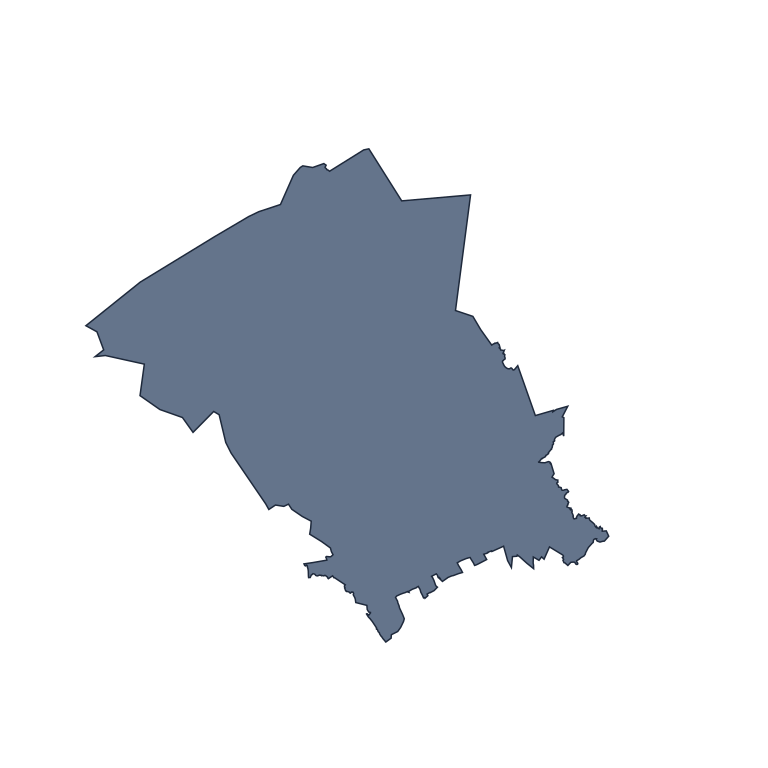 outline of Atoyac de Álvarez, Guerrero, Mexico, rotated 308°
{"feature_id": "50627088B21593643205085", "entity_name": "Atoyac de Álvarez", "entity_type": "district", "adm_level": 2, "iso_a3": "MEX", "parent_name": "Mexico", "parent_adm1": "Guerrero", "projection": "robinson", "projection_center": [-100.398, 17.312], "detail": "fine", "context": "isolated", "style": "filled", "palette": "slate", "viewbox_px": 768, "rotation_deg": 308, "n_neighbors": 0, "source": "geoboundaries", "source_scale": "gbopen_adm2", "svg_char_len": 6147}
<svg xmlns="http://www.w3.org/2000/svg" viewBox="0 0 768 768"><g transform="rotate(308 384 384)"><path d="M505.9,185.7L503.1,184.7L492.7,184.1L461.7,191.9L442.8,179.3L432.7,174.3L396.1,159.9L314.3,129.2L246.4,113.2L248.4,125.7L238.3,142.1L227.7,139.5L234.9,146.9L252.1,182.9L224.6,198.9L225.9,223.1L233.5,245.8L228.3,263.3L257.5,266.7L258.3,273.0L240.5,295.3L235.4,306.1L216.7,364.6L214.2,370.5L221.8,373.0L225.9,380.4L230.5,382.7L228.5,388.5L229.3,401.1L231.1,411.1L225.2,415.0L219.9,417.9L221.4,431.7L221.8,442.7L219.5,445.8L218.1,448.9L217.5,448.9L215.2,448.4L214.6,447.9L212.7,444.9L212.3,444.7L211.7,444.8L211.4,445.3L210.8,446.5L210.0,447.4L199.4,437.8L193.0,431.7L192.3,433.0L192.2,434.0L192.5,434.3L193.6,434.6L193.7,435.1L193.5,435.5L192.3,436.7L191.7,437.7L190.1,439.4L186.0,442.8L185.0,443.8L186.1,445.0L188.8,444.3L189.1,444.6L190.8,444.8L191.3,446.0L191.5,446.9L191.3,447.6L191.1,447.9L191.4,449.0L192.0,449.9L193.6,450.7L194.0,451.5L194.6,452.1L194.4,452.6L194.5,453.0L195.2,453.5L195.8,454.8L196.3,454.9L196.9,455.3L197.1,457.0L197.0,457.5L197.1,458.1L196.4,459.4L196.3,460.0L201.2,461.6L200.5,463.9L200.9,464.2L201.9,477.1L200.6,477.1L199.7,477.8L199.6,478.5L198.9,478.7L198.8,479.1L198.1,480.0L197.5,481.0L197.7,481.3L197.4,481.8L197.5,482.5L198.0,483.0L198.6,484.4L198.4,485.4L198.4,486.2L198.7,486.4L199.9,486.3L200.1,486.5L200.2,487.0L200.7,487.3L200.9,487.8L200.3,488.9L200.0,489.2L199.0,489.5L197.7,492.4L196.8,493.8L194.4,496.3L199.0,506.8L195.9,509.7L194.9,512.4L195.5,513.7L195.4,513.7L195.2,514.3L192.6,514.3L192.4,513.9L192.6,513.5L192.4,512.7L192.6,512.3L192.4,511.9L192.0,511.8L190.8,515.1L190.5,517.0L190.6,517.4L190.4,517.7L189.6,521.1L187.1,528.5L186.4,528.7L186.2,529.0L186.4,529.9L186.3,530.3L185.4,531.6L185.2,532.1L185.2,533.4L184.5,534.2L184.3,534.7L183.5,536.8L183.5,537.5L182.7,539.9L181.9,543.9L181.7,544.1L181.8,544.3L188.1,546.1L190.9,544.2L191.1,544.2L197.4,547.2L202.4,547.0L208.9,545.6L211.5,544.5L213.8,540.6L217.1,534.1L218.5,532.4L220.1,529.6L221.2,528.4L222.9,524.5L224.7,524.5L228.3,526.3L231.4,528.2L232.4,529.0L234.6,530.1L234.9,530.3L234.7,530.8L235.2,532.0L235.7,531.1L239.7,532.7L243.3,534.9L244.4,535.1L245.6,535.6L244.3,538.9L242.6,541.2L241.0,544.7L239.8,546.8L240.2,547.0L240.7,547.7L240.4,548.2L244.2,548.9L245.0,547.3L247.9,548.5L247.9,548.8L252.1,550.7L256.8,551.2L256.8,549.8L257.1,548.7L260.0,544.2L261.4,541.4L261.8,539.9L266.6,542.1L266.2,543.8L264.9,545.7L264.8,546.1L265.6,546.5L265.3,548.0L264.8,547.8L264.4,551.6L270.3,553.4L270.5,553.3L274.5,555.5L275.6,556.5L280.5,559.5L283.8,561.9L285.1,559.2L286.9,554.4L288.2,551.8L291.9,553.3L297.0,556.2L299.8,558.2L300.3,558.8L299.8,559.7L298.1,564.5L296.8,567.1L298.0,567.9L299.9,568.9L308.9,573.0L311.3,567.4L313.9,569.3L314.0,569.2L315.2,569.8L315.4,569.5L318.7,571.5L318.4,572.1L319.5,572.7L329.8,578.1L320.9,590.2L317.8,597.4L327.1,591.5L330.1,594.8L331.3,594.3L331.4,597.4L330.7,607.0L330.6,615.6L333.3,613.4L334.7,611.8L339.6,608.2L340.5,614.7L344.8,614.6L344.5,618.0L357.5,614.7L359.3,630.1L359.0,631.2L358.2,631.8L357.5,631.4L357.0,631.4L356.8,632.6L356.5,633.4L356.2,633.6L355.3,633.5L354.0,635.8L354.4,636.6L354.2,640.6L358.5,641.0L360.2,642.8L360.8,643.8L360.8,644.4L360.2,646.0L360.3,646.7L360.6,647.2L361.2,647.5L362.0,647.1L362.7,645.0L363.3,644.6L365.8,645.6L368.3,646.1L371.7,647.5L373.8,647.4L375.0,646.8L380.9,645.7L386.7,646.1L387.9,646.4L389.9,645.2L390.7,645.1L392.2,645.7L392.8,646.7L392.2,646.7L391.5,648.7L392.4,651.5L394.6,653.1L395.9,654.4L402.4,654.8L405.1,649.6L402.4,646.6L403.4,645.8L403.9,645.7L404.7,644.9L404.1,644.2L404.4,642.7L404.6,642.5L404.8,642.1L403.7,641.8L402.4,642.6L402.1,641.7L402.1,640.5L402.6,639.2L401.6,639.5L402.0,637.8L403.0,636.4L403.3,633.9L403.4,630.2L403.7,629.4L404.8,628.2L404.2,627.6L402.5,625.8L403.0,625.4L402.7,624.4L404.1,624.3L403.7,624.0L404.1,623.1L404.2,622.2L403.4,621.9L401.7,620.8L401.0,619.8L401.7,618.9L401.5,618.4L401.3,617.4L400.4,617.5L399.1,617.4L397.3,617.8L396.6,618.4L395.7,617.5L395.1,617.3L394.7,616.3L396.0,614.5L396.5,614.5L397.4,613.2L398.4,611.2L398.7,610.8L399.2,610.9L400.5,609.7L400.8,608.4L399.7,608.3L400.0,607.6L400.6,607.9L401.2,607.7L400.3,605.9L399.7,603.9L400.3,603.4L402.0,603.3L402.2,602.9L402.7,602.9L402.7,602.7L404.5,602.4L404.7,601.6L404.6,600.9L405.4,600.3L405.5,599.7L405.2,597.6L405.2,596.7L405.8,596.0L407.4,595.0L408.2,595.0L408.8,595.2L410.2,594.9L411.4,595.3L411.9,595.7L413.0,595.6L413.6,593.0L411.8,591.4L411.3,591.2L410.7,590.7L410.1,590.0L409.9,589.6L410.2,588.9L411.4,587.4L410.6,585.3L410.3,585.0L411.4,583.9L411.6,582.4L412.0,581.3L412.5,581.1L413.8,581.5L414.5,580.6L415.3,580.2L414.2,578.0L414.2,575.7L414.0,573.8L415.4,573.5L418.0,573.3L423.8,565.1L423.5,565.1L423.8,563.7L424.6,563.4L424.6,562.7L424.2,561.5L423.9,561.2L421.0,559.3L418.9,556.3L417.6,554.1L417.7,553.9L419.2,554.2L420.4,554.1L420.6,554.2L421.8,554.1L422.5,554.6L422.8,554.4L423.2,554.7L426.0,555.9L426.5,555.9L426.9,555.6L427.8,555.6L428.1,555.9L430.4,556.5L430.8,556.3L430.9,555.9L434.0,555.9L435.0,556.0L435.6,555.8L435.8,556.1L436.1,555.9L437.8,555.5L438.2,555.2L439.2,554.8L439.6,554.3L440.9,554.5L441.7,554.0L442.5,553.0L444.1,553.5L444.5,553.3L444.6,552.8L445.7,552.4L446.3,552.2L448.1,552.2L451.7,553.7L452.8,554.4L455.3,554.9L453.6,557.7L468.2,546.5L467.9,544.7L479.6,542.5L470.2,535.6L466.2,534.2L467.4,533.6L452.3,522.7L480.8,478.1L475.5,477.9L474.6,477.3L474.5,477.1L475.0,475.2L474.9,474.2L474.3,473.9L473.2,473.5L472.4,472.4L472.0,470.8L472.1,468.6L472.4,467.5L474.1,464.0L474.5,463.6L475.5,463.3L476.0,463.6L476.7,463.5L478.2,464.0L479.0,463.5L480.1,461.9L481.5,461.2L481.4,460.5L481.7,460.1L481.2,459.5L481.2,459.1L482.4,458.6L483.1,458.7L483.5,458.3L484.6,458.0L484.2,457.8L482.6,455.0L483.3,454.2L483.2,453.3L483.4,452.6L484.1,453.0L486.0,450.4L486.1,448.9L486.7,448.0L485.5,447.3L484.6,446.4L484.5,446.6L483.7,446.0L482.7,445.5L481.0,444.9L486.4,426.7L492.0,412.4L485.9,395.1L586.3,335.8L539.2,285.2L560.0,227.3L556.0,223.9L518.1,210.1L518.2,208.6L517.7,206.9L518.1,206.4L518.3,204.3L518.9,204.0L520.6,203.8L520.9,203.3L520.6,201.8L520.7,200.9L510.7,194.5L505.9,185.7Z" fill="#64748b" stroke="#1e293b" stroke-width="1.5"/></g></svg>